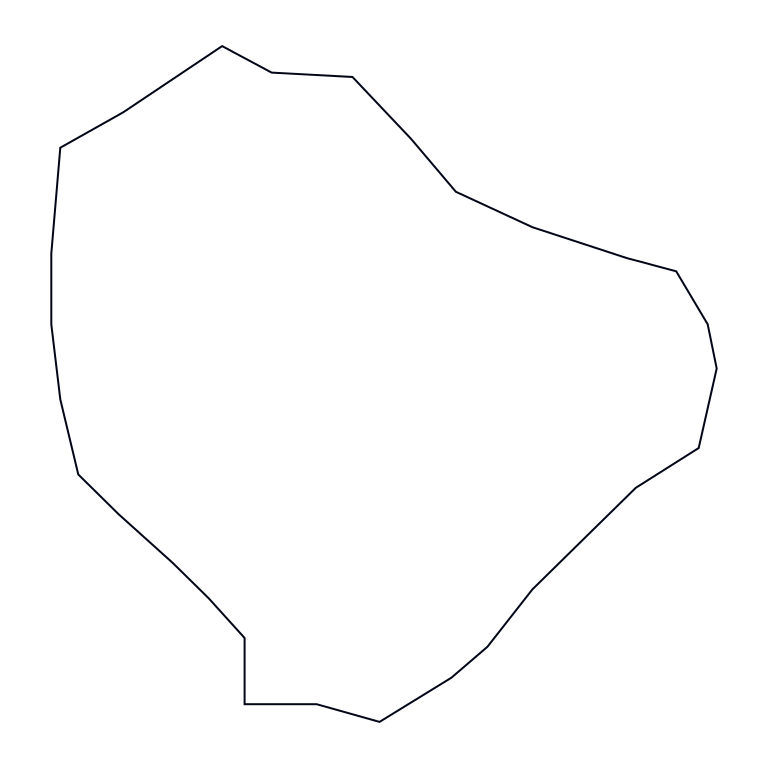 Ftericha, Cyprus (Robinson projection)
{"feature_id": "46923920B7341573367823", "entity_name": "Ftericha", "entity_type": "district", "adm_level": 2, "iso_a3": "CYP", "parent_name": "Cyprus", "parent_adm1": "", "projection": "robinson", "projection_center": [33.226, 35.318], "detail": "fine", "context": "isolated", "style": "outline", "palette": "ink", "viewbox_px": 768, "rotation_deg": 0, "n_neighbors": 0, "source": "geoboundaries", "source_scale": "gbopen_adm2", "svg_char_len": 478}
<svg xmlns="http://www.w3.org/2000/svg" viewBox="0 0 768 768"><path d="M222.1,46.1L123.2,112.3L60.3,147.7L51.3,253.7L51.3,324.3L60.3,399.4L78.3,474.5L118.7,514.3L172.7,562.9L208.6,598.2L244.6,638.0L244.6,704.2L316.6,704.2L379.5,721.9L451.4,677.7L487.4,646.8L532.4,589.4L586.3,536.4L635.8,487.8L698.7,448.0L716.7,368.5L707.7,324.3L676.2,271.3L626.8,258.1L532.4,227.2L455.9,191.8L411.0,138.8L352.5,77.0L271.6,72.6L222.1,46.1Z" fill="none" stroke="#020617" stroke-width="2"/></svg>